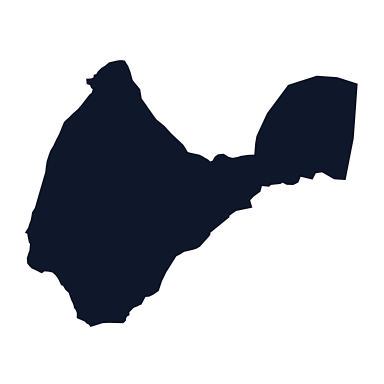 Sanga, Kaduna, Nigeria (orthographic projection), rotated 179°
{"feature_id": "59680162B60875368726655", "entity_name": "Sanga", "entity_type": "district", "adm_level": 2, "iso_a3": "NGA", "parent_name": "Nigeria", "parent_adm1": "Kaduna", "projection": "orthographic", "projection_center": [8.467, 9.25], "detail": "fine", "context": "isolated", "style": "filled", "palette": "ink", "viewbox_px": 384, "rotation_deg": 179, "n_neighbors": 0, "source": "geoboundaries", "source_scale": "gbopen_adm2", "svg_char_len": 2808}
<svg xmlns="http://www.w3.org/2000/svg" viewBox="0 0 384 384"><g transform="rotate(179 192 192)"><path d="M38.8,202.1L34.3,223.4L30.2,242.4L29.8,246.5L28.4,261.8L25.3,296.9L28.1,297.8L44.9,303.5L65.1,305.3L74.4,302.5L84.2,299.6L93.6,296.7L115.0,269.0L125.9,246.5L127.2,239.6L128.4,227.5L135.1,227.4L142.4,226.5L144.8,225.7L150.7,224.6L154.9,225.7L159.9,228.9L165.0,228.5L168.0,226.4L169.1,224.8L170.2,222.5L172.9,221.4L174.1,221.7L174.8,222.7L176.6,224.1L179.2,225.5L181.0,226.8L184.0,228.4L192.9,230.5L196.0,231.4L197.1,233.2L197.2,233.5L198.3,235.4L200.3,238.7L203.5,241.9L209.4,247.6L212.2,250.4L212.8,251.0L215.3,253.9L215.4,254.0L218.0,257.0L218.7,257.8L222.0,260.6L224.6,262.8L227.0,264.9L230.0,269.2L231.1,270.8L232.1,272.3L235.3,277.0L235.5,277.3L236.9,279.5L237.5,280.3L238.9,282.4L240.0,284.0L241.3,285.9L241.6,287.5L242.7,295.2L244.0,296.9L245.3,298.6L248.0,301.9L250.1,304.6L251.7,311.1L251.9,312.1L254.2,318.6L255.5,320.7L257.3,323.8L259.7,324.3L262.3,324.3L264.2,324.0L266.4,323.6L272.4,322.3L274.4,320.7L276.5,319.0L279.9,317.1L283.4,313.8L285.2,310.8L287.5,310.4L287.6,308.6L288.5,307.3L290.7,306.5L292.5,306.4L295.0,306.4L294.7,302.3L291.5,301.3L290.5,298.4L289.8,297.7L288.5,296.9L290.0,292.3L292.0,291.0L293.5,289.2L296.4,285.6L300.4,280.6L304.0,276.5L310.1,271.3L312.6,268.7L316.0,265.8L318.2,263.6L320.1,259.3L323.2,251.9L326.1,246.7L328.9,240.9L332.1,235.7L333.4,232.7L336.0,225.2L336.9,220.0L337.6,214.4L344.8,191.3L348.7,178.5L351.5,174.3L351.7,173.1L353.1,166.1L354.1,163.9L355.8,158.7L358.7,154.5L356.6,153.6L356.5,151.5L355.2,144.4L354.1,143.4L354.8,136.2L355.7,134.1L357.5,128.9L357.4,126.1L357.3,123.8L355.6,121.6L355.1,120.9L353.0,118.9L350.9,118.0L348.9,117.0L343.7,114.2L341.3,116.0L340.0,115.9L336.7,115.6L335.9,115.4L332.6,114.7L329.5,111.8L327.3,108.8L326.5,107.3L326.2,106.8L324.0,101.8L321.9,100.9L321.4,99.9L319.7,96.9L317.6,94.9L316.5,93.9L314.2,86.9L312.3,82.7L312.0,81.9L311.7,80.6L311.5,79.8L311.3,78.4L310.0,77.0L308.6,73.8L308.5,71.8L308.7,68.6L308.0,68.1L305.0,66.8L301.1,65.0L299.1,62.9L296.9,61.7L295.6,59.7L283.8,63.2L277.7,63.4L263.3,62.8L261.2,64.7L261.0,65.2L260.8,67.2L260.3,68.2L259.8,69.1L257.4,70.4L257.4,71.1L257.6,73.2L252.7,77.9L252.6,78.0L248.6,79.4L247.5,80.1L245.0,81.0L240.8,88.7L240.2,88.7L237.0,88.8L236.8,88.9L233.0,90.6L227.6,94.2L224.2,103.9L220.7,110.7L219.1,113.8L218.9,113.9L209.3,128.6L205.5,130.4L201.3,133.0L191.7,135.1L189.2,135.8L185.5,137.8L176.3,147.7L175.0,149.7L175.2,151.0L175.0,151.4L155.9,166.4L155.4,168.3L148.5,173.0L132.9,175.9L134.8,182.8L133.6,184.1L131.0,186.9L125.3,190.9L124.3,191.5L122.5,197.6L115.1,196.7L113.3,198.4L103.5,199.3L101.9,200.5L101.5,200.8L97.1,198.3L90.8,198.0L86.1,200.2L83.6,206.3L71.6,203.2L68.4,209.3L61.4,210.2L49.5,203.0L38.8,202.1Z" fill="#0f172a" stroke="#020617" stroke-width="1.5"/></g></svg>